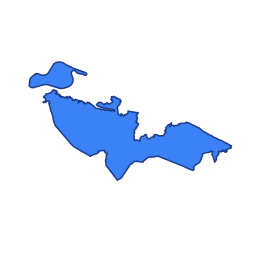 Central 1 Mahe, Seychelles, rotated 280°
{"feature_id": "34574756B27990728867894", "entity_name": "Central 1 Mahe", "entity_type": "district", "adm_level": 2, "iso_a3": "SYC", "parent_name": "Seychelles", "parent_adm1": "", "projection": "equal_earth", "projection_center": [55.458, -4.627], "detail": "fine", "context": "isolated", "style": "filled", "palette": "blue", "viewbox_px": 256, "rotation_deg": 280, "n_neighbors": 0, "source": "geoboundaries", "source_scale": "gbopen_adm2", "svg_char_len": 5880}
<svg xmlns="http://www.w3.org/2000/svg" viewBox="0 0 256 256"><g transform="rotate(280 128 128)"><path d="M152.8,48.2L151.8,47.2L151.6,47.5L150.9,46.8L149.6,46.1L147.5,42.4L147.4,41.4L146.1,41.3L144.1,39.5L143.7,39.6L142.7,41.7L141.6,42.1L140.4,42.2L140.0,41.9L139.0,40.0L138.6,40.0L138.4,40.6L139.1,42.6L140.7,43.8L140.9,44.3L140.4,45.5L140.0,46.0L139.2,46.6L138.5,45.8L135.8,47.2L131.0,49.4L127.6,51.4L121.5,53.7L117.6,56.2L101.5,75.8L100.2,78.1L98.4,82.8L96.6,87.0L96.1,89.1L94.2,94.4L93.7,95.1L93.7,96.0L94.7,97.0L95.8,98.7L97.4,101.7L98.8,103.2L99.4,102.7L100.5,103.9L100.5,104.5L101.2,106.1L101.7,108.6L101.1,108.8L99.8,109.8L100.1,110.1L98.8,111.4L99.2,111.7L98.7,112.2L97.5,111.6L95.9,111.5L93.6,111.7L91.6,111.5L89.7,112.5L87.6,112.7L74.8,126.6L77.6,130.1L92.8,136.7L93.0,137.6L96.5,140.3L97.0,148.6L98.7,149.5L102.8,153.1L103.3,155.9L105.5,162.4L99.9,189.4L98.8,193.2L97.5,199.1L98.6,200.2L101.1,199.6L102.9,200.3L104.5,202.4L106.6,204.4L109.1,205.4L110.9,205.5L112.4,205.9L115.8,206.3L116.4,207.2L117.4,209.8L118.4,212.8L119.8,214.0L119.1,215.0L119.2,215.7L117.7,215.1L116.3,215.3L115.0,216.6L109.6,219.2L110.7,220.1L113.4,220.6L114.6,220.0L115.2,220.2L116.6,221.0L117.3,221.7L118.5,221.9L119.7,221.2L120.7,221.3L120.5,222.9L120.8,223.9L121.4,224.0L121.4,224.8L122.5,224.7L122.7,225.4L121.9,225.9L121.1,228.0L121.5,228.9L122.2,229.5L122.3,230.0L122.4,229.3L122.0,228.6L121.9,227.8L122.2,227.5L123.3,227.9L123.3,228.2L122.6,228.1L122.7,228.6L123.7,229.2L125.6,231.3L125.8,232.7L128.3,233.0L131.9,222.0L132.3,219.2L133.3,216.6L133.7,214.3L134.7,212.4L135.7,208.6L137.3,204.3L137.4,203.1L139.5,199.5L140.2,198.7L140.7,196.1L141.0,195.6L141.6,193.9L142.7,189.2L143.5,186.9L143.8,184.4L143.0,184.5L142.7,183.2L142.2,181.8L141.6,178.7L140.8,177.5L140.1,177.9L139.8,177.3L139.5,176.0L139.1,175.4L138.7,174.3L137.8,172.8L138.4,172.3L138.5,171.9L138.4,170.6L138.2,170.1L137.4,169.6L137.0,169.0L138.4,169.3L139.1,170.0L140.3,169.9L139.0,168.7L138.2,167.3L137.4,166.6L134.8,165.1L133.6,165.9L131.7,164.6L130.8,166.3L129.5,165.4L129.1,164.9L128.2,164.7L127.4,164.8L126.5,164.2L125.6,159.4L126.0,158.7L126.3,157.8L126.3,156.1L126.1,155.5L124.9,154.7L124.6,155.1L124.2,155.3L123.8,155.2L123.6,154.9L123.4,153.5L122.9,152.8L121.7,151.8L121.1,150.7L121.0,150.0L121.1,149.6L121.7,148.9L121.7,148.5L122.0,148.1L124.4,147.4L124.7,147.1L124.8,146.7L124.4,146.0L122.9,145.0L121.9,142.9L121.4,142.5L120.2,142.1L119.1,141.5L118.3,142.4L117.5,142.0L117.1,141.2L117.2,140.7L117.7,140.0L117.7,137.9L116.8,136.8L116.9,136.1L120.9,135.6L121.5,135.2L122.1,135.0L122.7,135.0L123.9,135.3L125.4,135.1L125.8,134.7L126.3,134.9L126.9,134.6L128.8,136.0L129.2,135.9L129.7,136.4L130.3,136.0L131.1,136.8L132.8,137.4L133.7,137.6L134.2,137.1L134.4,136.3L134.3,135.9L134.7,135.3L135.3,135.7L135.6,135.5L135.8,134.9L136.1,134.7L136.7,135.2L137.7,135.6L138.3,135.3L139.5,135.5L140.5,135.2L141.6,133.9L143.6,135.1L144.7,135.3L144.6,125.2L143.9,125.4L142.4,125.2L141.1,123.9L140.9,123.4L140.7,124.0L140.8,123.4L140.6,123.3L139.7,122.1L139.3,122.0L139.6,121.8L139.5,120.6L140.6,119.4L140.4,119.1L140.2,119.0L140.1,118.9L140.5,118.7L140.4,118.5L139.9,119.0L139.7,118.7L139.4,119.0L139.3,118.9L138.9,119.0L139.1,117.6L139.5,116.8L140.3,115.8L141.1,115.3L143.7,115.0L144.4,114.4L145.9,114.0L148.4,114.6L149.6,115.8L151.4,115.9L151.4,115.6L152.0,115.7L152.3,116.1L152.9,116.2L153.0,116.5L154.5,115.5L155.4,112.0L155.3,111.7L155.6,111.4L155.8,111.5L156.6,108.5L156.3,108.4L156.0,107.6L156.0,106.5L155.8,106.4L155.6,107.0L155.4,107.1L154.4,106.5L153.5,106.4L153.2,106.8L152.9,106.4L151.8,107.7L152.0,108.1L151.0,108.4L150.6,108.2L148.5,105.4L148.1,104.9L148.1,104.3L148.7,103.6L148.9,103.8L149.3,103.2L147.4,100.7L147.2,101.0L146.8,100.1L148.3,97.8L148.4,95.4L148.0,94.6L146.0,93.1L145.4,93.1L144.8,93.7L144.2,95.0L143.6,99.5L143.5,110.5L143.1,111.7L141.8,111.7L141.8,111.2L142.8,111.2L142.7,110.5L142.8,110.0L142.6,109.5L142.6,109.1L142.1,109.0L141.8,108.7L141.5,108.7L142.0,108.5L141.9,103.0L141.8,102.8L141.4,102.8L141.4,102.5L141.9,102.4L141.9,98.5L141.8,98.3L141.3,98.3L141.3,98.1L141.9,98.0L141.9,93.0L144.7,88.4L145.6,85.8L146.1,85.8L146.2,85.7L145.8,85.6L146.2,83.8L146.2,83.4L146.0,83.2L145.0,83.1L144.6,81.9L144.4,81.7L144.5,80.6L145.1,80.7L145.1,80.3L145.6,80.2L145.8,80.0L145.8,79.6L146.4,77.5L146.6,77.5L146.5,75.9L145.2,76.0L145.1,75.3L144.4,74.6L146.5,74.8L146.6,73.1L147.1,71.3L145.9,70.7L146.0,70.4L145.7,70.3L145.9,69.7L146.2,69.8L146.6,69.4L146.6,69.0L146.2,68.8L146.5,68.7L146.6,68.4L146.2,68.1L147.9,67.3L147.8,66.9L147.9,66.6L147.8,66.4L147.9,66.0L148.3,65.5L148.7,65.6L149.0,65.3L148.7,64.6L148.0,64.7L147.5,64.0L147.2,63.8L147.6,63.6L147.6,63.2L147.1,63.1L147.0,62.8L147.4,62.7L147.5,62.4L148.2,62.6L148.3,62.2L147.9,62.0L147.7,61.6L147.3,61.5L147.5,61.3L147.3,60.6L147.1,60.7L146.7,60.5L146.7,60.3L147.0,60.3L147.2,60.1L147.1,59.5L147.3,59.2L147.3,58.4L147.5,57.6L147.4,57.5L147.0,57.5L146.9,57.2L147.1,56.3L147.7,56.5L147.8,55.9L148.2,55.5L147.6,55.1L147.9,54.7L148.1,54.4L148.9,54.8L148.9,54.5L149.3,54.2L149.3,53.4L149.4,53.0L148.8,52.7L148.8,52.4L149.2,51.0L149.5,50.5L151.0,52.3L152.4,50.6L152.0,50.1L152.3,49.8L152.8,48.2ZM178.2,43.8L168.3,39.9L167.5,39.4L166.9,38.8L166.0,37.5L165.4,36.0L165.1,34.3L165.2,32.5L165.8,29.7L165.7,28.6L165.5,28.0L165.3,27.5L160.9,23.7L160.2,23.3L159.0,23.0L153.9,23.2L153.1,23.3L152.3,23.6L151.9,24.0L151.4,24.8L151.1,26.3L151.3,27.8L156.1,37.7L156.6,39.9L156.6,42.1L155.2,53.9L155.4,56.0L155.9,57.5L157.9,61.5L158.9,62.9L160.6,64.4L162.2,65.3L162.7,65.2L163.0,65.5L164.3,65.7L166.9,65.3L171.4,62.9L172.5,62.6L173.6,62.7L175.2,64.1L175.4,64.6L175.4,65.2L175.2,65.7L174.3,66.9L173.6,68.2L173.2,69.3L173.0,71.7L173.2,73.9L172.5,76.1L172.6,77.0L172.9,77.6L173.4,78.0L174.0,78.0L174.7,77.5L175.2,76.3L177.3,64.1L179.3,57.0L180.9,52.7L181.1,51.9L181.2,49.4L180.9,48.1L180.4,46.5L179.6,45.2L178.2,43.8Z" fill="#3b82f6" stroke="#1e3a8a" stroke-width="1.5"/></g></svg>